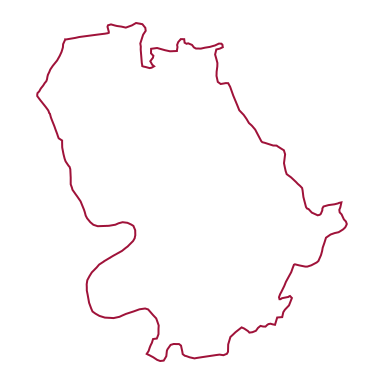 Al-Shuhada, Al Minufiyah, Egypt (Mercator projection)
{"feature_id": "37247803B57305898539534", "entity_name": "Al-Shuhada", "entity_type": "district", "adm_level": 2, "iso_a3": "EGY", "parent_name": "Egypt", "parent_adm1": "Al Minufiyah", "projection": "mercator", "projection_center": [30.864, 30.601], "detail": "fine", "context": "isolated", "style": "outline", "palette": "rose", "viewbox_px": 384, "rotation_deg": 0, "n_neighbors": 0, "source": "geoboundaries", "source_scale": "gbopen_adm2", "svg_char_len": 4460}
<svg xmlns="http://www.w3.org/2000/svg" viewBox="0 0 384 384"><path d="M341.4,202.4L339.0,202.9L338.0,203.4L334.5,204.3L328.5,205.1L323.5,206.5L322.4,208.4L322.3,210.4L320.8,213.9L319.7,214.8L317.7,215.3L315.3,214.2L311.8,212.6L308.5,209.0L307.7,208.8L307.0,208.5L306.0,207.0L304.3,200.5L303.4,197.0L302.6,190.5L302.1,188.0L300.2,186.0L297.8,183.9L295.9,181.9L291.0,177.3L286.7,174.2L285.7,171.2L284.9,167.7L284.0,163.2L285.1,154.3L283.9,150.3L280.5,148.2L278.0,146.6L276.6,145.6L273.1,145.5L264.7,142.8L262.3,142.2L261.3,141.2L255.2,129.6L252.5,126.4L251.7,125.5L248.9,123.0L246.5,118.9L243.7,114.9L239.3,110.3L237.5,105.8L233.3,95.7L230.1,86.7L229.3,85.3L228.2,83.2L225.7,83.1L223.7,83.5L220.7,84.0L217.8,81.9L216.5,75.9L216.6,73.0L216.6,71.9L217.3,66.5L217.4,63.0L216.5,59.5L215.1,54.5L216.3,49.5L219.8,48.6L222.8,47.2L222.4,44.7L221.4,43.7L218.9,43.6L214.9,45.5L213.0,46.0L209.9,46.9L204.9,47.7L200.9,48.6L195.9,48.5L193.9,47.4L192.0,44.9L188.1,43.3L186.6,43.8L184.6,42.7L184.2,39.2L180.8,39.1L178.2,42.1L177.1,45.0L177.5,47.0L177.0,50.0L176.9,51.0L170.0,51.3L165.0,50.2L157.1,48.0L151.1,48.8L151.0,53.3L152.4,54.8L153.4,55.8L152.9,57.8L150.3,61.2L152.2,64.7L154.1,66.3L151.6,67.7L149.6,68.1L145.6,67.0L143.2,66.5L142.2,66.0L142.2,65.0L141.8,63.0L141.4,58.0L140.7,49.5L140.8,46.5L140.3,43.5L143.1,34.7L145.7,30.8L145.3,27.8L144.0,26.2L142.4,24.2L136.0,23.0L131.9,25.4L125.8,27.6L121.4,26.6L117.0,26.0L114.9,25.5L111.0,24.4L108.0,25.3L107.5,26.8L108.8,31.8L108.8,32.8L107.8,33.2L104.8,33.7L98.3,34.5L79.3,37.0L75.3,37.9L65.8,39.5L65.3,39.4L65.3,39.5L65.1,39.8L63.1,44.2L63.1,44.4L63.1,44.6L62.9,47.4L62.1,50.1L61.5,52.0L59.7,55.9L57.1,60.5L52.8,65.8L51.3,68.0L50.3,69.5L49.2,72.2L47.9,74.8L47.9,75.0L47.6,76.0L47.4,76.9L47.0,79.3L46.3,81.2L45.3,82.4L44.7,83.1L43.2,85.5L40.8,88.5L39.2,91.4L37.5,93.1L37.2,94.9L37.3,96.2L40.4,100.3L45.9,107.2L48.3,110.5L49.3,113.2L49.9,113.7L50.9,117.4L51.8,119.8L54.4,126.3L55.2,128.6L55.4,129.2L57.2,134.0L57.9,136.2L58.7,138.3L62.1,140.5L62.1,140.8L62.1,142.1L62.2,147.2L62.3,148.0L63.5,154.2L64.6,158.6L65.6,161.4L68.5,165.7L69.6,166.9L70.3,169.3L70.7,177.6L70.7,177.8L70.7,184.3L71.9,187.6L72.5,189.8L74.9,193.2L75.3,193.8L77.4,196.7L80.0,200.5L80.6,201.4L83.5,208.5L84.0,209.7L84.8,212.2L85.7,215.6L87.1,218.3L90.3,222.2L93.4,224.8L97.7,226.2L108.9,225.8L115.4,224.7L118.5,223.3L122.6,222.2L127.4,222.8L129.2,223.6L130.6,224.3L130.9,224.4L131.1,224.5L131.3,224.6L133.4,225.9L135.2,230.2L135.2,230.3L135.3,235.3L134.9,236.9L134.7,238.2L133.1,241.0L128.1,246.0L127.9,246.3L125.6,248.0L122.0,250.9L113.0,255.9L111.0,257.1L105.0,260.7L104.3,261.1L104.1,261.2L104.0,261.4L99.1,264.6L96.3,267.9L96.1,268.0L91.8,272.4L89.5,276.1L87.3,280.2L86.7,284.2L86.7,284.8L86.8,287.4L86.8,290.5L87.6,294.5L89.1,302.8L91.2,308.5L92.5,311.5L95.4,313.6L99.4,315.9L104.9,317.6L110.7,317.9L113.5,318.1L119.5,316.8L122.3,315.5L126.0,313.9L133.7,311.4L139.5,309.3L145.1,308.5L148.1,309.4L150.3,311.9L153.0,315.0L156.2,318.4L157.5,322.0L158.7,325.5L158.5,328.7L158.5,331.0L158.5,331.8L158.5,334.1L157.5,336.8L156.8,338.5L156.6,338.5L156.4,338.6L155.6,338.7L154.6,338.8L153.0,339.1L152.7,340.2L152.0,342.5L151.9,342.8L150.5,345.6L150.0,346.9L149.7,347.6L148.6,351.0L146.7,353.9L148.0,354.6L149.4,355.2L151.4,356.3L152.4,356.8L153.3,357.3L157.2,359.9L160.2,361.0L163.7,360.6L165.2,358.1L166.3,356.2L166.9,350.7L167.5,349.3L170.6,344.9L173.6,344.0L179.1,344.1L181.0,345.6L182.3,351.6L182.7,354.1L184.7,355.7L186.6,356.2L189.6,357.3L193.2,358.1L194.5,358.4L196.5,358.0L201.7,357.2L215.8,355.1L219.5,354.6L223.4,355.2L226.9,353.8L228.0,351.8L228.2,344.4L230.4,337.0L233.0,334.6L235.5,332.2L241.6,327.4L244.1,328.5L248.0,331.1L249.4,332.6L252.4,332.2L255.9,330.8L257.0,329.3L258.0,327.9L260.5,325.9L263.0,326.5L265.5,326.6L267.0,325.1L268.4,324.1L270.5,323.7L272.5,324.3L275.0,324.8L277.2,317.5L282.2,317.1L283.3,312.2L284.9,309.7L289.0,305.4L291.9,298.0L290.0,296.0L289.0,296.4L288.5,296.9L282.0,298.2L280.5,299.2L279.5,299.2L279.0,297.2L280.1,294.2L281.2,292.2L284.3,285.9L285.9,281.9L289.6,275.1L291.2,272.2L292.8,267.7L293.7,265.4L293.9,264.8L294.9,264.3L299.3,265.4L305.3,266.6L307.3,266.6L311.3,265.3L315.5,263.1L316.8,262.4L318.4,261.0L321.0,255.1L322.1,251.1L322.7,247.7L324.4,242.8L326.0,237.7L330.6,234.5L334.6,233.1L338.6,232.2L340.1,231.3L343.1,229.4L345.2,227.4L346.2,225.5L346.8,224.0L345.9,221.5L343.9,219.4L342.5,216.4L341.6,214.4L339.7,212.4L339.3,209.9L340.3,207.4L341.4,202.4Z" fill="none" stroke="#9f1239" stroke-width="2"/></svg>